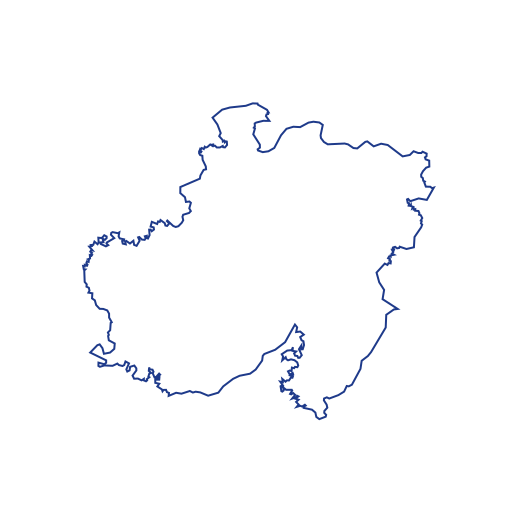 Si Songkhram, Nakhon Phanom, Thailand, rotated 300°
{"feature_id": "78962969B490988164886", "entity_name": "Si Songkhram", "entity_type": "district", "adm_level": 2, "iso_a3": "THA", "parent_name": "Thailand", "parent_adm1": "Nakhon Phanom", "projection": "albers", "projection_center": [104.23, 17.647], "detail": "fine", "context": "isolated", "style": "outline", "palette": "blue", "viewbox_px": 512, "rotation_deg": 300, "n_neighbors": 0, "source": "geoboundaries", "source_scale": "gbopen_adm2", "svg_char_len": 6115}
<svg xmlns="http://www.w3.org/2000/svg" viewBox="0 0 512 512"><g transform="rotate(300 256 256)"><path d="M91.2,250.3L97.6,255.2L99.5,260.3L106.0,266.2L106.2,269.6L108.3,271.6L110.0,275.9L111.1,284.4L118.8,291.7L126.7,292.8L138.2,297.6L144.1,301.7L151.1,309.7L157.5,312.5L168.5,313.6L172.9,311.8L175.3,312.2L184.4,319.5L195.9,324.3L216.1,324.0L214.8,327.3L210.2,328.8L212.7,332.1L211.8,336.7L207.9,334.8L205.8,337.6L205.9,339.7L202.9,342.1L198.6,343.1L197.8,341.9L201.1,340.0L196.8,339.8L193.0,345.2L189.7,344.7L188.9,343.5L190.1,341.8L189.2,339.7L190.7,337.7L193.4,338.5L192.1,335.0L195.5,333.6L192.3,333.9L189.7,330.3L183.8,327.4L182.5,329.7L178.8,330.9L183.2,332.3L181.8,333.9L181.7,335.9L184.0,338.0L185.0,341.4L184.5,344.9L182.3,347.3L180.4,347.4L179.5,345.2L177.9,345.1L177.3,342.9L174.0,344.4L173.8,342.6L172.1,341.4L170.2,344.5L173.0,346.3L172.1,347.3L169.8,345.8L170.4,348.1L168.8,348.4L168.1,347.0L164.7,346.8L163.7,344.9L161.9,344.4L162.7,340.2L160.1,342.3L159.3,339.8L157.1,344.5L155.8,344.2L156.2,342.8L155.5,342.4L151.6,345.6L151.7,346.6L153.4,347.2L155.8,345.2L155.2,349.0L158.0,353.8L157.6,354.6L153.6,354.5L153.8,355.7L155.9,356.7L155.3,359.3L150.6,358.6L153.8,361.3L155.5,361.5L155.6,362.9L152.1,361.4L152.8,364.7L149.7,363.7L148.7,367.2L145.7,366.7L148.4,369.2L148.7,371.2L151.6,372.7L151.3,373.8L149.4,372.6L148.3,373.2L150.9,381.3L150.1,385.7L146.8,388.7L146.4,392.4L151.7,396.7L153.5,396.2L154.3,393.5L156.0,392.7L160.3,393.6L162.6,391.5L164.9,387.0L166.6,386.2L169.0,388.0L169.2,390.7L176.7,396.9L182.6,400.1L188.8,399.6L189.5,401.5L192.5,403.4L210.5,402.9L218.1,399.9L225.3,402.9L230.3,403.7L258.9,404.1L270.2,398.2L278.6,402.1L281.0,405.2L281.9,387.2L290.7,383.9L294.8,375.9L301.9,368.7L313.8,371.3L314.0,374.3L316.1,374.3L316.9,376.3L318.9,375.4L318.6,373.9L320.3,373.6L320.1,371.5L322.1,371.5L322.7,373.0L323.7,372.2L326.1,374.9L326.0,372.5L327.9,372.9L329.1,371.1L329.5,372.5L330.9,372.3L331.0,370.5L331.9,370.4L333.5,371.9L333.2,374.4L334.6,376.0L335.9,375.8L337.3,382.8L342.5,388.4L351.7,383.8L363.4,384.7L366.3,384.2L366.7,382.6L369.0,382.1L369.0,381.0L372.0,381.0L373.7,378.3L373.3,376.5L374.8,376.1L376.2,374.2L374.8,371.2L376.2,370.5L375.1,369.4L376.7,368.3L375.4,367.6L377.1,367.2L376.7,365.2L377.8,364.5L376.5,364.4L375.9,363.0L378.2,362.2L377.9,360.8L380.5,358.5L381.5,359.2L380.6,362.2L387.2,368.1L390.0,375.9L404.1,375.8L402.8,374.6L403.1,372.3L401.0,368.4L403.8,365.0L404.9,365.1L404.8,363.2L406.9,361.5L407.2,359.5L409.1,358.3L413.0,358.2L417.6,359.2L420.1,361.4L425.2,358.3L424.5,354.6L425.9,353.0L427.6,353.8L430.0,352.6L429.6,348.1L427.9,347.7L426.3,345.0L425.5,340.1L420.4,338.7L415.6,333.2L418.0,314.6L415.8,308.2L409.8,303.1L410.9,295.1L409.5,293.6L399.8,289.9L398.2,286.4L398.7,279.9L397.7,276.5L388.6,262.3L388.7,257.8L390.6,253.3L392.8,251.6L402.9,248.3L403.3,244.1L401.0,238.6L397.8,234.8L389.7,229.8L386.6,223.7L381.4,218.8L373.1,217.3L358.7,217.8L352.9,214.4L349.3,209.9L348.4,205.0L349.2,204.1L351.8,205.2L354.4,203.6L360.0,192.8L366.0,191.3L366.0,190.0L367.7,190.2L370.1,188.6L371.6,189.4L376.7,194.7L379.7,200.0L382.1,194.7L383.8,194.3L384.9,195.4L385.8,194.5L386.5,195.3L388.1,192.4L388.0,182.0L388.8,181.1L386.5,176.8L381.0,172.1L371.6,159.2L365.8,153.5L354.1,149.2L350.6,156.8L344.8,164.0L341.4,164.2L339.7,169.2L338.6,170.0L339.9,170.7L338.8,172.1L340.2,172.4L340.5,173.5L337.7,175.4L334.5,174.8L333.8,173.1L334.7,172.2L332.0,170.5L330.4,167.8L331.0,165.3L330.0,164.1L331.2,163.2L330.3,162.1L329.6,162.7L329.7,160.6L326.1,159.4L324.8,158.3L325.0,157.0L322.5,157.3L322.4,155.1L321.1,155.0L321.1,154.1L319.4,154.4L319.2,156.5L318.2,156.5L317.7,154.7L316.5,155.4L315.5,157.2L316.0,159.4L312.6,161.7L308.5,167.7L306.1,169.4L304.4,167.6L298.0,167.6L294.9,168.7L277.9,156.0L272.6,159.0L271.4,165.1L267.8,168.3L269.9,171.1L269.5,173.0L263.9,174.4L262.3,177.1L259.8,176.5L255.3,172.3L253.2,172.7L250.6,175.1L247.7,175.1L243.0,173.9L241.0,172.0L240.6,169.3L242.4,161.5L241.7,161.4L240.8,164.6L237.6,164.0L237.1,162.3L238.8,160.6L239.4,155.3L237.4,155.6L237.0,153.9L234.3,154.4L233.5,148.7L228.8,150.0L229.6,153.1L227.9,154.4L225.3,153.3L226.2,151.6L225.4,150.3L220.9,153.4L217.1,153.7L216.9,152.4L218.9,151.3L217.5,149.9L216.2,151.6L214.3,151.5L213.2,149.0L214.1,145.4L213.2,144.6L211.0,147.6L205.1,147.5L204.7,144.9L207.9,142.2L203.8,140.6L204.2,136.1L203.1,135.4L201.0,137.4L200.1,134.4L202.0,132.6L203.4,133.9L204.5,133.5L203.1,129.2L204.3,127.2L208.1,125.8L206.7,125.0L205.0,119.9L203.7,119.1L201.9,119.7L200.6,124.3L193.0,120.0L192.0,120.3L191.5,122.6L189.3,121.2L188.8,115.5L189.7,114.1L191.7,117.0L194.3,114.4L194.4,117.0L196.8,117.7L198.2,116.9L198.1,114.2L194.5,113.6L193.0,110.3L189.1,112.9L187.0,112.9L187.7,108.9L184.3,109.5L183.0,107.6L182.4,108.7L180.8,106.8L179.1,111.7L178.6,110.3L176.9,110.3L176.7,112.4L174.9,112.2L175.0,113.5L173.8,113.4L173.6,111.7L170.9,113.5L169.3,112.2L169.3,113.1L167.2,114.0L166.9,112.3L165.0,112.6L164.3,114.4L163.0,114.5L162.7,112.1L161.4,112.8L160.9,111.3L158.4,113.5L159.0,114.9L157.6,114.5L147.9,120.6L146.8,123.6L144.7,124.5L144.9,127.1L142.8,129.1L140.5,129.2L141.9,132.9L137.3,135.2L137.0,138.6L133.6,142.1L132.1,147.0L133.8,150.2L134.5,154.4L132.6,157.6L129.2,159.6L126.5,164.2L125.4,163.6L118.8,166.8L115.7,166.0L114.1,168.0L112.8,167.9L109.4,170.7L109.6,177.4L104.7,179.7L99.4,177.9L95.3,173.2L99.4,169.1L101.3,164.8L99.4,163.2L89.5,160.7L90.7,178.4L88.6,179.6L86.4,178.7L84.9,172.9L82.0,174.5L82.0,176.2L85.4,179.4L89.2,186.7L93.5,189.7L93.0,191.8L94.0,195.4L95.7,196.4L99.4,195.7L99.5,199.7L93.0,200.4L91.6,202.3L93.7,203.7L97.1,202.4L100.3,205.4L98.9,208.5L97.1,209.6L90.7,208.9L88.8,211.8L90.8,215.0L91.1,219.1L93.5,220.3L92.2,221.0L92.5,223.4L93.9,223.9L94.7,223.0L97.7,224.2L97.8,223.1L100.8,222.4L102.3,223.7L102.9,220.6L106.1,219.2L104.7,220.7L105.8,223.2L104.5,225.1L102.9,225.1L100.2,228.7L101.4,230.0L105.7,230.9L105.3,232.3L101.9,231.0L101.7,232.0L103.1,231.9L103.1,232.8L100.5,234.0L99.4,232.1L100.5,231.9L100.3,230.4L99.0,230.3L95.8,232.2L97.0,236.1L93.7,235.8L93.4,241.2L92.1,242.7L93.8,242.9L95.1,245.0L93.6,246.9L93.9,249.1L91.2,250.3Z" fill="none" stroke="#1e3a8a" stroke-width="2"/></g></svg>